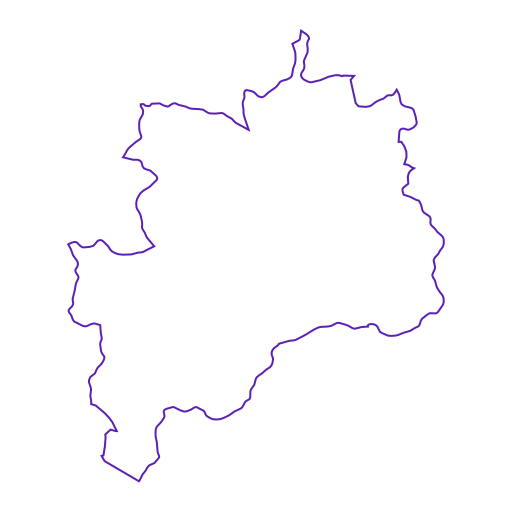 an SVG outline of Rasinski
{"feature_id": "SRB-833", "entity_name": "Rasinski", "entity_type": "District", "adm_level": 1, "iso_a3": "SRB", "parent_name": "Republic of Serbia", "parent_adm1": "", "projection": "mercator", "projection_center": [21.143, 43.49], "detail": "fine", "context": "isolated", "style": "outline", "palette": "violet", "viewbox_px": 512, "rotation_deg": 0, "n_neighbors": 0, "source": "natural_earth", "source_scale": "10m", "svg_char_len": 5985}
<svg xmlns="http://www.w3.org/2000/svg" viewBox="0 0 512 512"><path d="M116.8,431.1L112.3,422.1L109.2,417.9L104.5,412.9L95.7,405.5L91.2,404.1L91.2,401.1L90.4,396.3L90.4,394.9L91.0,390.3L91.0,388.9L90.7,387.5L89.1,382.6L88.9,381.3L89.1,380.0L90.1,377.5L90.7,376.7L94.5,373.8L95.1,373.0L96.6,369.5L97.7,367.6L101.1,364.3L102.0,363.1L103.6,360.3L104.4,357.9L104.3,356.8L104.0,356.1L102.3,353.8L101.5,352.4L101.0,350.7L100.2,344.6L100.3,342.5L101.4,340.1L101.8,338.3L100.8,332.7L100.2,325.1L95.1,323.6L93.5,323.5L91.1,324.1L87.3,325.9L85.8,326.3L83.8,326.2L82.5,325.7L74.1,321.5L72.7,319.3L71.4,315.6L68.7,311.7L68.6,311.0L68.8,309.9L69.6,308.8L72.3,306.0L73.1,304.1L73.2,302.9L72.7,300.1L72.7,298.7L74.8,290.0L75.8,284.1L76.3,282.6L78.3,278.4L78.5,277.3L78.2,276.1L75.7,272.1L75.4,271.0L75.4,270.0L75.7,269.2L77.2,266.8L77.9,264.9L77.9,263.6L77.7,262.3L77.0,260.8L73.1,255.3L70.8,249.1L68.2,244.3L71.9,242.6L74.9,241.9L76.9,242.5L80.6,246.2L82.3,247.2L84.1,247.4L89.4,246.9L92.9,246.0L94.1,245.1L97.1,241.5L98.1,240.7L99.2,240.2L101.0,240.1L102.3,240.7L103.5,241.6L107.3,245.4L108.4,246.6L110.3,249.7L112.0,251.4L114.6,252.8L117.8,254.1L122.8,254.7L131.4,254.4L138.2,252.6L141.9,252.3L143.4,251.8L148.3,249.2L154.2,246.3L147.2,237.9L146.3,236.4L144.8,232.7L142.6,229.3L142.0,227.4L142.2,224.3L142.0,221.6L140.6,215.4L139.4,212.7L137.0,208.8L136.5,207.2L136.2,203.7L136.4,201.9L137.0,199.3L138.5,196.2L140.3,193.3L143.4,190.6L149.1,187.2L150.3,186.2L156.7,179.9L157.2,178.7L157.1,177.6L156.6,176.4L155.6,175.3L150.5,170.7L145.8,169.2L143.9,168.2L142.6,166.4L141.5,162.4L140.7,161.3L139.7,160.5L137.8,159.8L132.9,159.7L123.0,157.3L125.0,154.2L127.0,150.5L128.3,148.6L130.7,146.3L135.8,142.0L140.1,139.1L140.7,138.5L141.2,137.5L141.3,136.3L139.6,131.3L139.2,128.0L139.2,124.5L139.4,121.1L139.9,119.5L142.3,115.3L142.9,113.8L143.1,112.3L143.1,110.8L142.7,109.4L140.8,106.4L140.7,105.3L140.8,104.3L143.6,104.1L145.4,105.7L149.2,106.2L149.9,105.8L151.4,104.1L152.0,103.7L159.7,103.4L163.6,105.5L167.6,106.6L168.9,106.1L170.8,104.7L173.1,103.5L174.9,103.3L176.1,103.6L178.7,104.9L185.7,106.6L189.5,108.3L192.8,108.8L199.9,109.2L202.6,109.6L203.5,110.0L207.8,112.7L209.7,113.4L215.2,113.6L221.9,113.0L223.8,113.7L226.6,115.9L231.1,118.3L232.2,119.1L234.5,121.7L236.3,123.1L248.7,129.9L244.8,118.4L243.8,114.7L243.5,112.7L243.5,109.3L242.9,106.0L242.7,103.2L243.2,100.9L244.3,98.1L244.5,96.9L244.2,93.8L244.3,92.5L244.7,91.3L245.4,90.5L247.0,90.1L251.6,91.1L254.3,92.4L257.7,95.8L258.7,96.4L261.0,97.1L262.5,97.1L264.6,96.0L268.5,92.4L275.5,87.5L277.6,85.3L280.0,82.0L282.1,80.8L286.9,79.5L289.8,78.0L291.0,77.0L291.8,75.7L292.2,74.4L293.1,68.6L295.0,63.5L295.5,60.2L295.5,56.6L295.3,53.0L294.9,51.2L292.4,43.8L298.7,40.4L299.6,39.6L300.0,38.4L301.1,30.7L306.7,34.5L308.5,36.5L309.0,38.2L309.0,38.8L307.6,41.7L307.1,43.9L307.7,48.6L307.6,51.4L307.4,52.8L304.1,60.3L303.8,61.5L304.4,65.5L304.2,68.2L303.3,70.2L301.6,72.7L301.0,74.6L301.1,75.9L301.9,77.6L302.9,78.7L304.1,79.7L308.0,81.7L310.3,82.3L311.7,82.2L320.3,80.2L328.7,76.7L335.4,75.2L338.6,75.2L342.4,76.2L343.1,75.6L354.0,75.9L350.6,79.9L355.7,103.2L358.5,106.3L366.0,106.9L369.8,106.1L371.2,105.5L375.9,101.9L380.1,99.8L383.4,98.7L387.4,95.5L389.2,95.2L391.1,95.4L393.1,94.7L394.9,92.6L396.7,89.7L398.6,93.4L399.3,95.1L400.6,102.2L401.6,104.2L402.4,104.9L405.2,106.4L410.9,107.8L412.2,108.5L413.1,109.4L413.7,110.4L415.6,116.5L416.7,122.5L416.5,123.8L415.6,125.4L413.4,127.5L410.1,129.3L408.7,129.7L407.4,129.7L403.9,128.6L402.6,128.6L400.9,129.2L400.2,129.8L399.4,131.5L398.6,141.9L401.4,141.9L404.4,146.5L406.3,151.4L406.5,157.2L404.3,164.2L407.9,164.8L409.9,165.9L411.5,167.2L414.1,168.2L411.8,169.7L410.0,171.3L408.6,173.5L407.8,177.0L408.3,183.7L403.3,187.7L402.7,188.7L402.4,189.9L402.6,191.3L403.7,194.7L410.6,197.0L416.0,199.8L419.0,200.7L421.0,204.5L422.4,210.2L422.9,211.3L424.3,212.9L428.6,215.7L429.7,216.6L430.2,217.5L430.5,218.4L430.6,219.6L430.4,222.7L430.6,224.0L431.3,225.3L434.7,228.5L437.5,232.1L442.4,236.3L443.4,238.3L443.7,239.6L443.8,242.5L443.7,244.0L443.0,246.4L442.5,247.4L439.9,250.8L438.2,254.0L435.1,257.3L433.9,259.4L433.7,260.6L435.0,266.8L435.0,268.1L434.4,269.9L432.4,274.4L432.4,275.6L432.8,276.9L435.0,280.7L436.5,286.2L437.3,288.0L439.7,291.9L442.4,295.2L443.3,297.2L443.6,298.6L443.7,301.5L443.5,302.9L443.1,304.3L442.4,305.6L438.1,311.8L437.0,312.8L435.7,313.4L430.1,313.2L429.1,313.5L426.9,314.9L421.9,318.9L420.7,321.2L419.4,325.1L418.7,326.1L417.9,326.6L414.8,328.0L410.1,330.9L404.0,332.6L398.3,334.9L395.5,335.6L390.8,335.9L387.9,335.6L381.8,333.0L379.8,331.6L377.6,327.1L376.7,325.9L375.5,325.0L373.4,324.2L370.3,324.1L369.0,324.5L368.0,325.2L367.7,326.1L367.9,326.6L361.7,327.0L354.9,328.7L353.9,328.6L352.0,327.9L348.5,325.8L346.1,324.9L340.1,323.1L337.9,322.8L336.6,323.1L331.2,325.9L327.9,326.5L320.9,326.9L318.3,327.5L314.3,329.4L304.8,335.2L296.1,339.7L294.3,340.3L289.3,340.8L278.8,343.8L278.7,344.3L278.1,345.1L273.8,348.4L272.8,349.7L272.0,351.2L271.6,353.3L271.7,354.7L272.9,358.2L273.0,359.5L272.5,362.7L271.6,365.2L270.0,367.2L265.8,369.9L262.7,372.8L258.3,375.9L256.7,377.4L256.1,378.3L255.7,379.3L254.3,384.7L250.7,390.0L250.4,391.9L250.2,396.9L249.9,398.2L249.4,399.2L246.2,401.0L245.1,402.0L243.1,405.8L242.2,407.2L241.1,408.3L234.1,411.7L229.3,415.2L224.0,417.8L220.7,419.0L217.1,419.5L213.5,419.3L210.6,418.3L206.7,416.0L205.9,415.0L204.7,412.2L203.7,410.8L196.5,407.1L194.6,407.3L191.0,409.6L187.5,411.0L185.3,411.5L183.8,411.5L180.3,410.3L173.9,407.1L172.5,407.1L166.5,408.8L164.9,409.6L164.0,410.5L163.7,411.7L164.4,415.5L164.4,416.7L163.8,418.1L161.2,422.0L157.0,426.5L156.0,428.4L155.7,430.0L155.5,433.4L155.7,436.8L156.8,442.3L157.6,451.7L158.0,453.3L158.9,455.4L159.1,456.2L159.1,457.3L158.7,458.0L155.1,462.3L154.1,463.2L149.9,465.0L148.4,466.2L147.4,467.4L145.4,471.0L142.7,474.2L140.2,479.3L139.0,481.3L104.6,461.1L101.6,455.9L103.4,455.4L104.8,447.0L105.6,437.8L105.3,434.5L110.6,429.6L115.3,431.0L116.8,431.1Z" fill="none" stroke="#5b21b6" stroke-width="2"/></svg>